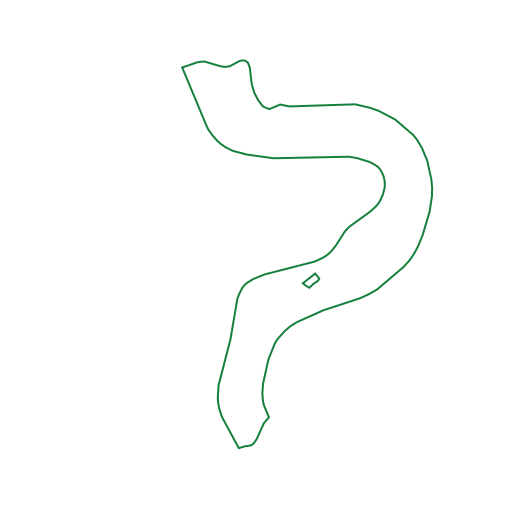 map outline of Qina (Mercator projection), rotated 24°
{"feature_id": "EGY-1551", "entity_name": "Qina", "entity_type": "Governorate", "adm_level": 1, "iso_a3": "EGY", "parent_name": "Egypt", "parent_adm1": "", "projection": "mercator", "projection_center": [32.546, 25.704], "detail": "fine", "context": "isolated", "style": "outline", "palette": "green", "viewbox_px": 512, "rotation_deg": 24, "n_neighbors": 0, "source": "natural_earth", "source_scale": "10m", "svg_char_len": 1528}
<svg xmlns="http://www.w3.org/2000/svg" viewBox="0 0 512 512"><g transform="rotate(24 256 256)"><path d="M166.3,82.0L169.9,82.6L173.6,86.3L182.3,100.9L188.1,107.6L194.5,112.7L201.5,116.5L205.4,116.6L208.5,116.3L216.5,107.8L225.6,105.8L284.9,77.1L300.1,74.2L308.7,73.5L327.5,74.7L350.4,81.5L356.1,84.5L363.4,89.6L373.5,99.1L385.1,114.8L389.3,122.3L392.4,129.8L396.6,145.0L399.7,169.0L400.1,180.7L399.6,188.4L398.1,197.3L395.3,205.9L380.3,237.2L374.8,244.8L368.3,252.2L339.8,278.0L320.4,299.6L316.0,306.1L312.9,312.5L309.4,323.4L308.8,328.1L309.4,345.4L314.4,369.8L317.7,379.0L321.5,385.9L324.1,389.3L333.4,398.0L331.2,405.6L331.1,422.9L330.2,427.6L328.9,430.6L326.0,432.7L323.6,434.1L318.4,438.5L290.5,417.0L284.4,410.3L281.6,406.2L278.8,401.2L274.4,389.4L266.6,342.7L256.5,303.2L256.1,298.1L256.4,291.4L257.1,287.9L258.5,284.6L262.8,278.2L271.4,269.3L312.0,237.1L317.6,230.7L319.8,227.5L321.6,224.2L322.9,220.8L324.8,213.5L327.1,198.1L328.2,194.3L329.8,190.5L342.2,169.2L345.1,162.6L346.2,159.3L346.9,154.8L346.9,148.1L345.8,141.4L344.5,138.0L342.6,134.5L340.1,131.3L337.2,128.6L334.1,126.3L330.9,124.9L326.6,124.2L321.6,123.9L308.1,125.5L300.1,127.7L232.2,159.6L206.2,167.1L191.9,169.4L183.6,169.0L178.2,167.9L173.9,166.6L166.7,163.2L161.5,160.2L158.6,157.9L111.9,113.8L123.5,103.0L126.7,100.9L129.8,99.3L146.6,97.1L151.1,95.7L154.8,93.4L161.5,84.8L163.2,83.3L166.3,82.0ZM317.7,263.3L319.8,258.1L322.7,253.5L323.0,250.9L317.2,248.0L309.9,261.9L313.5,262.8L317.7,263.3Z" fill="none" stroke="#15803d" stroke-width="2"/></g></svg>